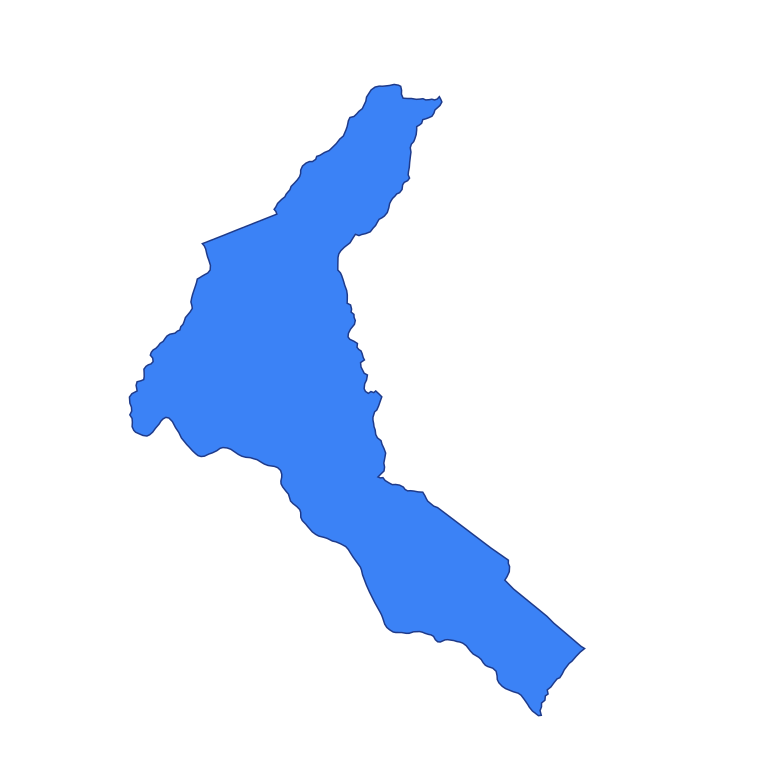 the district of Araçatuba, São Paulo, Brazil, rotated 191°
{"feature_id": "56859067B55105103100347", "entity_name": "Araçatuba", "entity_type": "district", "adm_level": 2, "iso_a3": "BRA", "parent_name": "Brazil", "parent_adm1": "São Paulo", "projection": "orthographic", "projection_center": [-50.576, -21.143], "detail": "fine", "context": "isolated", "style": "filled", "palette": "blue", "viewbox_px": 768, "rotation_deg": 191, "n_neighbors": 0, "source": "geoboundaries", "source_scale": "gbopen_adm2", "svg_char_len": 5384}
<svg xmlns="http://www.w3.org/2000/svg" viewBox="0 0 768 768"><g transform="rotate(191 384 384)"><path d="M618.7,289.3L615.0,288.4L610.8,287.5L606.8,287.7L604.4,289.4L601.9,292.6L599.9,296.9L597.1,301.8L595.9,305.0L594.2,307.6L591.8,309.6L588.7,309.6L584.5,306.7L580.3,301.4L576.1,297.2L572.6,292.4L566.0,286.9L563.3,285.0L559.2,281.9L555.7,279.7L552.8,278.2L549.7,277.9L546.5,278.9L542.6,281.8L539.3,283.7L535.4,286.6L532.6,289.6L530.0,290.9L525.8,291.3L521.9,290.7L513.6,287.1L509.8,286.0L505.7,285.7L501.1,286.2L497.9,285.8L494.1,285.5L489.1,283.6L486.3,282.6L482.3,281.9L475.8,282.2L472.4,281.6L469.0,279.4L467.1,275.8L466.6,272.8L466.7,269.1L466.0,266.4L463.8,263.6L459.7,260.0L456.8,257.7L455.2,254.7L453.4,251.3L450.6,249.3L446.1,247.0L442.8,244.7L441.3,242.1L440.2,237.2L438.2,234.4L436.1,232.9L433.9,231.4L431.8,229.6L426.2,225.2L422.5,223.4L419.1,222.3L413.6,222.0L410.2,221.6L407.4,220.8L404.7,220.0L401.1,219.9L396.2,218.9L390.5,217.1L387.5,214.8L384.9,212.0L381.4,208.3L372.3,199.8L370.6,197.1L368.6,192.5L362.8,183.1L358.5,177.0L351.2,167.5L344.0,159.0L342.3,156.8L340.8,154.4L337.4,148.3L334.7,145.5L331.6,143.8L327.7,142.3L325.1,142.3L319.2,143.4L314.5,143.5L311.7,144.1L307.7,146.4L301.8,147.8L299.0,147.7L296.1,147.1L292.6,146.7L289.9,146.7L287.2,145.7L284.8,142.8L282.1,141.2L279.5,141.5L275.2,144.5L272.7,145.2L266.4,145.5L263.2,145.1L260.5,145.2L257.4,144.7L253.3,142.8L248.3,138.4L245.0,136.0L239.0,133.9L236.0,132.1L233.4,129.3L230.9,127.3L228.4,126.5L223.0,125.8L219.1,123.4L217.3,119.1L216.4,115.5L214.2,112.6L210.3,109.8L206.6,108.2L198.4,106.6L193.3,106.1L190.1,104.7L186.1,101.1L181.7,96.8L179.7,94.5L175.9,91.3L169.1,87.9L166.4,88.8L168.5,93.2L167.8,97.2L168.5,100.9L165.7,104.3L166.1,108.6L163.8,111.0L165.4,114.9L162.4,118.4L159.9,123.7L157.8,127.6L155.4,129.2L153.8,133.2L152.5,137.9L149.0,145.0L146.6,147.8L143.4,153.4L140.2,158.3L136.6,162.6L140.6,164.1L160.9,175.6L171.7,181.6L179.8,187.1L217.8,207.5L228.0,214.5L226.5,218.3L225.2,223.6L225.9,228.8L227.7,231.5L228.3,234.8L247.5,243.3L268.3,253.5L307.8,272.9L311.9,273.6L316.1,275.9L318.8,277.4L320.6,279.5L322.5,282.1L325.3,285.2L330.0,284.6L334.3,284.6L337.7,284.3L340.4,283.6L343.2,284.5L345.3,286.5L349.4,287.7L353.3,287.6L356.7,286.8L360.6,288.0L364.5,289.5L367.2,291.9L369.7,291.1L372.2,291.6L369.8,295.2L367.4,298.6L367.6,302.6L369.1,306.3L369.1,312.0L369.2,316.5L371.6,320.5L374.5,324.5L376.1,327.8L380.2,329.9L382.5,332.9L383.9,337.2L385.7,340.3L386.7,343.4L388.0,346.6L388.5,349.2L387.9,354.9L386.1,357.1L385.1,361.5L384.5,365.8L383.7,371.0L386.9,373.2L390.8,375.6L392.4,373.6L395.4,374.1L397.6,371.8L400.8,373.2L402.6,375.6L403.0,380.5L401.9,384.6L402.0,389.7L405.5,390.8L409.8,396.3L411.1,400.5L407.8,403.9L409.4,405.9L411.3,409.7L412.9,412.1L415.4,413.1L417.5,414.9L417.8,418.7L421.6,420.2L426.2,421.4L428.3,423.4L428.6,427.0L427.3,431.5L424.4,436.9L424.3,440.9L426.1,443.7L426.8,446.6L430.0,448.3L430.1,451.3L431.9,455.2L435.6,456.3L436.3,460.7L437.0,464.4L438.5,468.7L441.5,473.6L442.9,476.4L444.3,479.0L446.2,482.3L447.9,484.7L451.1,487.1L452.2,493.0L453.3,499.4L453.2,503.1L451.8,506.6L449.1,510.6L444.3,516.1L443.0,519.6L441.8,522.7L440.6,525.5L436.9,524.9L434.4,526.5L430.6,528.2L426.5,530.8L424.4,535.0L422.5,538.0L421.4,541.5L420.3,544.7L417.6,546.9L415.7,548.9L413.5,552.9L412.9,557.8L412.9,562.2L412.1,565.0L411.0,567.8L409.1,570.5L407.8,573.0L405.2,574.8L403.4,578.4L403.7,583.1L402.6,585.8L399.6,588.1L398.2,591.0L400.2,593.9L400.5,597.3L400.5,601.5L401.1,606.5L401.5,612.1L401.8,616.8L403.3,620.9L402.9,624.7L401.1,627.6L400.5,630.6L400.0,635.0L400.4,639.6L401.0,642.9L398.6,645.0L396.8,647.1L396.4,650.9L393.6,652.3L391.1,653.8L388.0,656.0L386.7,659.3L386.3,662.7L384.3,665.3L382.2,668.1L381.0,671.9L382.6,674.3L384.5,676.6L386.1,673.9L388.5,672.5L391.4,672.7L393.9,671.7L397.3,670.8L400.2,671.5L403.2,670.5L406.6,669.6L411.4,669.5L415.1,668.8L419.8,668.2L422.2,671.8L422.8,675.7L424.4,679.4L426.9,680.1L431.2,680.0L435.5,678.1L439.0,677.0L442.3,676.0L445.5,675.5L449.4,673.8L452.7,670.3L454.0,667.1L455.9,662.3L455.8,658.1L456.9,653.8L457.8,650.2L460.7,646.8L462.3,644.0L464.5,640.9L468.3,639.1L469.2,635.6L469.2,632.9L469.3,629.6L469.8,626.2L471.2,619.7L474.1,616.1L476.7,610.9L479.8,606.4L482.4,602.7L486.6,599.9L490.5,596.3L493.5,594.6L493.9,591.5L496.7,588.7L499.7,588.1L502.7,586.0L505.6,582.4L506.6,578.1L506.0,574.7L506.4,571.4L508.1,567.7L510.3,564.1L512.9,560.2L513.4,556.7L515.0,554.0L516.3,551.6L517.0,548.8L519.7,545.7L522.9,541.0L524.0,537.0L525.2,534.5L523.0,532.7L521.6,530.3L558.0,507.0L566.2,501.7L569.1,499.8L571.3,498.4L589.1,487.1L586.8,485.3L584.8,482.5L583.0,478.4L581.4,475.1L579.4,471.8L577.0,467.3L576.4,462.7L578.2,459.3L580.8,457.2L583.2,455.1L585.3,453.1L587.3,451.4L587.4,447.8L587.8,444.4L588.5,439.2L589.0,435.2L589.2,431.5L589.2,427.7L587.5,424.2L586.6,421.6L588.1,417.7L590.0,414.2L591.6,411.4L592.1,407.3L592.7,404.2L594.4,401.5L594.7,398.0L596.8,396.6L598.9,394.0L603.7,392.0L606.2,389.7L607.5,387.1L608.9,383.7L611.5,381.2L613.0,378.1L614.8,375.4L617.1,373.4L618.5,370.7L618.9,367.7L616.0,365.3L614.9,361.9L616.6,359.2L619.0,357.9L621.0,355.9L622.5,352.8L621.6,349.2L620.8,345.4L620.7,342.5L623.2,340.8L626.8,339.1L627.1,335.4L625.0,330.1L629.6,326.4L631.4,322.6L629.8,316.7L627.5,313.1L626.5,309.3L627.6,305.2L624.7,302.1L623.7,298.4L623.1,294.0L620.8,290.8L618.7,289.3Z" fill="#3b82f6" stroke="#1e3a8a" stroke-width="1.5"/></g></svg>